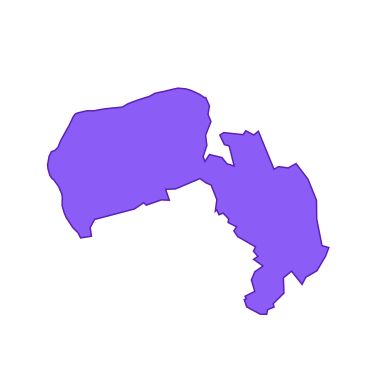 Jegunovtse, Jegunovce, North Macedonia, rotated 287°
{"feature_id": "65306769B4612015917677", "entity_name": "Jegunovtse", "entity_type": "district", "adm_level": 2, "iso_a3": "MKD", "parent_name": "North Macedonia", "parent_adm1": "Jegunovce", "projection": "mercator", "projection_center": [21.125, 42.1], "detail": "fine", "context": "isolated", "style": "filled", "palette": "violet", "viewbox_px": 384, "rotation_deg": 287, "n_neighbors": 0, "source": "geoboundaries", "source_scale": "gbopen_adm2", "svg_char_len": 1690}
<svg xmlns="http://www.w3.org/2000/svg" viewBox="0 0 384 384"><g transform="rotate(287 192 192)"><path d="M220.6,313.4L238.2,299.1L249.6,283.2L243.1,276.9L241.6,267.4L237.7,263.8L269.5,237.7L264.6,234.4L266.3,225.5L261.8,224.2L258.1,205.0L254.5,202.0L246.8,209.1L246.9,214.1L229.2,224.7L229.2,217.1L233.7,210.6L232.9,197.7L225.0,195.5L229.1,192.3L240.9,192.6L250.2,188.4L264.9,189.5L270.9,184.6L279.4,183.5L286.3,177.5L285.9,176.1L287.6,170.7L288.7,163.1L288.9,159.8L288.8,155.8L287.2,148.2L284.9,144.1L279.6,135.1L278.0,132.0L275.4,127.5L270.9,123.2L264.9,114.4L260.3,108.3L257.6,104.9L252.8,100.5L248.9,91.0L246.2,84.7L245.1,82.4L240.8,74.0L239.0,67.9L237.1,64.5L233.9,59.1L232.8,57.9L231.6,57.2L229.1,56.4L220.0,55.1L216.1,54.2L205.1,51.9L201.1,51.2L195.4,50.8L191.2,48.3L189.6,45.8L184.3,44.9L179.6,45.5L175.8,45.9L171.7,47.7L166.2,51.3L164.0,54.2L163.6,55.0L163.3,56.2L158.4,62.7L152.5,67.7L151.7,68.2L149.4,69.4L144.7,70.7L141.0,71.8L134.7,75.9L130.6,79.4L128.4,82.1L123.4,88.1L122.6,89.3L119.8,94.8L115.5,98.9L120.3,108.8L128.3,105.0L137.3,106.9L159.0,142.0L167.6,148.9L166.1,152.2L175.5,165.0L177.5,172.7L186.9,166.0L190.1,175.3L207.2,195.7L204.9,202.5L204.2,208.3L192.0,218.0L180.4,219.9L182.2,221.0L178.1,224.4L180.9,228.0L176.9,235.0L173.4,235.4L171.7,244.9L167.1,243.4L162.7,248.8L158.1,268.8L153.3,268.1L149.7,273.9L145.6,270.6L142.0,281.5L134.1,275.4L125.3,274.5L115.3,281.1L107.8,273.2L105.8,275.2L104.4,273.4L98.1,277.9L95.1,292.9L96.9,299.1L101.7,298.8L105.9,304.1L109.0,302.3L122.2,309.5L136.6,304.5L145.4,310.3L135.8,324.3L143.7,325.7L153.2,334.5L169.9,338.5L178.9,339.1L178.7,332.0L202.5,319.2L220.6,313.4Z" fill="#8b5cf6" stroke="#5b21b6" stroke-width="1.5"/></g></svg>